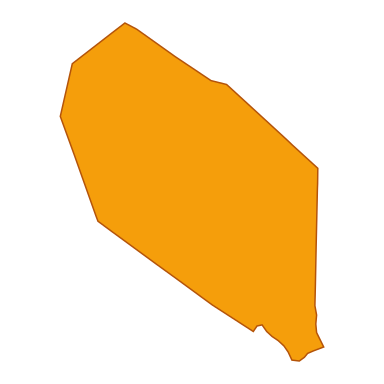 outline of Porteiras, Ceará, Brazil
{"feature_id": "56859067B96869149355187", "entity_name": "Porteiras", "entity_type": "district", "adm_level": 2, "iso_a3": "BRA", "parent_name": "Brazil", "parent_adm1": "Ceará", "projection": "robinson", "projection_center": [-39.083, -7.546], "detail": "fine", "context": "isolated", "style": "filled", "palette": "amber", "viewbox_px": 384, "rotation_deg": 0, "n_neighbors": 0, "source": "geoboundaries", "source_scale": "gbopen_adm2", "svg_char_len": 635}
<svg xmlns="http://www.w3.org/2000/svg" viewBox="0 0 384 384"><path d="M136.7,29.2L124.9,23.0L112.0,32.9L72.3,63.7L60.3,116.4L74.4,155.2L96.1,216.3L98.0,221.3L112.2,231.8L156.7,264.4L178.5,280.2L201.4,297.0L212.5,305.1L253.3,331.5L257.0,326.0L262.1,324.9L266.7,331.5L272.1,336.5L278.2,340.6L284.0,346.0L288.2,352.1L291.9,360.1L299.3,361.0L304.4,357.3L307.6,353.4L313.9,350.7L323.7,347.0L316.6,332.6L315.8,324.0L316.6,315.1L314.9,305.7L315.4,284.6L316.1,248.2L317.4,188.9L317.6,183.6L317.8,168.3L292.4,145.1L287.6,140.5L271.1,125.3L226.6,84.5L211.0,80.6L175.0,56.5L136.7,29.2Z" fill="#f59e0b" stroke="#b45309" stroke-width="1.5"/></svg>